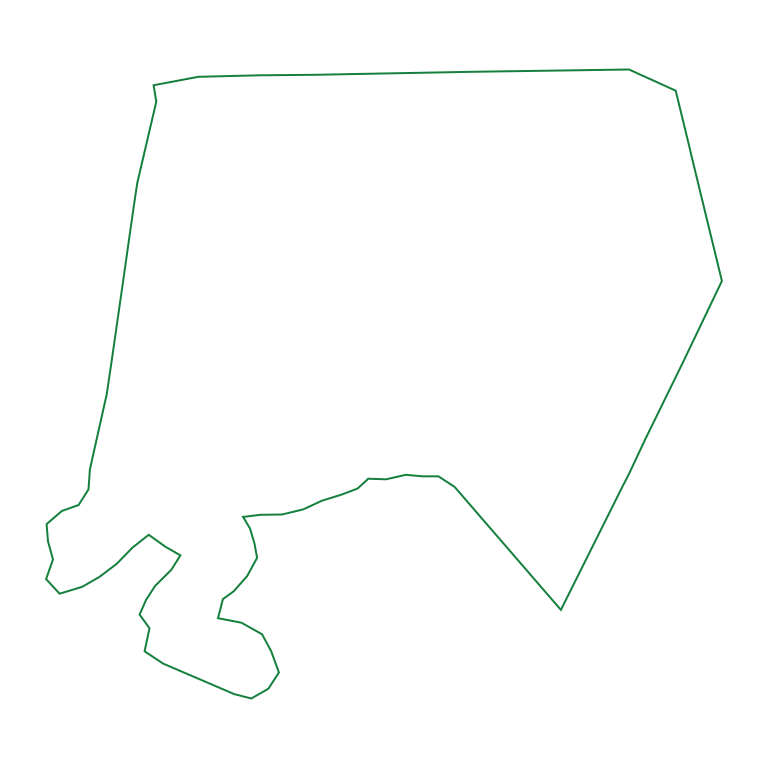 the district of Engenheiro Paulo de Frontin, Rio de Janeiro, Brazil
{"feature_id": "56859067B20442961875436", "entity_name": "Engenheiro Paulo de Frontin", "entity_type": "district", "adm_level": 2, "iso_a3": "BRA", "parent_name": "Brazil", "parent_adm1": "Rio de Janeiro", "projection": "albers", "projection_center": [-43.66, -22.521], "detail": "fine", "context": "isolated", "style": "outline", "palette": "green", "viewbox_px": 768, "rotation_deg": 0, "n_neighbors": 0, "source": "geoboundaries", "source_scale": "gbopen_adm2", "svg_char_len": 985}
<svg xmlns="http://www.w3.org/2000/svg" viewBox="0 0 768 768"><path d="M721.9,281.0L691.9,157.6L688.6,143.6L675.7,90.7L629.0,69.5L471.9,71.8L314.5,74.8L259.9,75.3L198.3,76.8L153.6,85.2L156.3,101.6L137.3,182.9L135.1,197.3L131.0,225.6L123.8,276.4L111.7,360.7L106.7,394.4L89.9,469.4L88.5,489.4L78.6,505.0L61.8,511.0L46.6,524.1L48.0,541.4L53.0,559.4L46.1,579.1L59.6,593.7L82.2,586.8L99.3,577.0L116.7,563.8L132.4,547.7L148.7,534.8L165.5,546.8L180.4,555.4L171.3,569.8L155.1,585.9L146.0,600.0L139.6,614.6L149.5,628.3L144.6,651.3L163.1,663.6L234.2,694.1L251.3,698.5L268.4,688.7L278.9,672.5L271.2,651.3L262.1,634.3L241.4,622.7L218.0,618.2L222.9,599.1L233.7,591.3L247.2,576.0L257.1,557.8L254.4,543.2L250.0,528.5L243.1,516.9L260.7,514.8L282.0,514.5L303.2,509.4L321.7,500.8L342.7,494.2L357.6,488.5L368.3,478.7L386.0,479.3L405.9,474.8L422.1,476.3L438.4,476.3L454.7,487.0L560.9,609.9L622.5,486.5L628.8,474.3L645.1,439.6L682.7,362.9L721.9,281.0Z" fill="none" stroke="#15803d" stroke-width="2"/></svg>